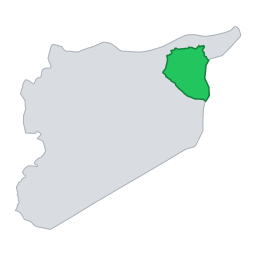 Al-Hasakeh, Hasaka (Al Haksa), Syria shown in context
{"feature_id": "27442178B13029247631939", "entity_name": "Al-Hasakeh", "entity_type": "district", "adm_level": 2, "iso_a3": "SYR", "parent_name": "Syria", "parent_adm1": "Hasaka (Al Haksa)", "projection": "albers", "projection_center": [40.726, 36.168], "detail": "fine", "context": "in_parent", "style": "filled", "palette": "green", "viewbox_px": 256, "rotation_deg": 0, "n_neighbors": 0, "source": "geoboundaries", "source_scale": "gbopen_adm2", "svg_char_len": 4461}
<svg xmlns="http://www.w3.org/2000/svg" viewBox="0 0 256 256"><path d="M25.5,79.8L28.0,80.2L33.2,83.7L34.1,83.7L35.9,79.5L37.5,78.1L40.9,77.0L42.1,70.1L43.7,68.9L45.6,68.2L48.4,68.2L50.9,67.9L51.1,66.7L48.0,58.6L48.4,56.6L50.4,48.6L51.6,45.5L52.6,44.5L56.5,45.1L61.9,46.7L63.3,49.1L65.8,51.2L69.9,51.2L74.5,51.8L78.1,52.0L81.0,50.7L87.6,48.2L90.8,47.4L93.8,46.3L103.3,42.1L107.1,42.6L109.7,43.2L111.6,44.0L116.0,47.1L119.6,50.2L122.1,51.2L126.7,51.2L133.4,51.9L141.6,52.0L146.4,51.2L152.6,49.8L163.5,46.3L177.8,38.8L186.2,35.1L189.9,34.7L194.6,34.7L199.3,35.6L204.6,36.3L207.1,36.2L212.9,35.4L220.4,33.8L225.1,32.5L230.7,30.4L234.2,26.9L235.4,26.6L236.9,27.1L237.5,27.4L239.0,29.3L240.6,34.2L240.6,34.8L240.4,36.2L236.7,40.4L231.7,46.0L228.2,49.6L222.1,55.6L217.5,56.9L209.8,59.1L207.7,61.2L205.8,64.6L204.7,69.1L204.4,72.0L204.2,77.3L206.1,82.9L207.9,88.2L208.1,91.7L208.0,95.2L206.3,98.9L204.5,104.0L203.4,109.7L202.9,120.5L202.9,129.6L202.8,131.1L199.6,137.6L195.8,145.2L194.0,146.9L185.7,149.2L176.5,154.7L166.3,160.9L156.9,166.4L147.1,172.2L136.8,178.2L129.5,182.4L119.6,188.1L110.6,193.5L101.4,198.9L94.4,203.0L83.8,209.5L77.5,213.3L68.3,218.9L60.1,223.7L50.5,229.4L38.7,227.1L35.0,225.9L32.1,222.9L29.9,221.2L24.4,219.4L21.1,213.7L19.0,211.7L15.4,210.6L17.1,207.2L17.5,204.9L19.3,202.2L18.4,200.3L18.1,196.4L17.4,195.4L17.2,194.3L17.8,193.1L17.7,191.8L17.1,191.2L16.9,189.2L16.4,187.8L16.8,186.0L17.7,184.9L18.6,182.7L19.6,182.1L21.3,180.8L21.8,179.4L23.2,178.1L25.2,177.0L25.6,176.1L25.4,175.5L23.6,174.4L22.6,172.5L23.7,169.9L24.3,169.1L25.5,167.9L28.1,166.0L30.1,165.8L31.8,165.9L34.7,166.2L36.9,166.6L37.5,166.2L37.4,165.5L34.7,163.8L34.6,162.5L35.4,161.1L37.4,159.1L39.8,157.6L41.0,157.3L43.8,154.3L45.7,150.8L43.3,141.9L41.7,140.5L39.1,139.2L37.5,138.9L37.4,138.3L39.6,136.2L41.2,134.4L39.6,132.5L36.7,131.5L35.5,133.3L31.7,133.3L25.7,133.0L23.6,123.7L23.4,119.7L23.7,115.1L25.8,108.5L25.1,105.3L25.2,103.2L24.9,100.3L20.5,93.8L23.6,82.5L25.5,79.8Z" fill="#d9dde1" stroke="#a8b0b8" stroke-width="1"/><path d="M208.7,60.5L208.4,60.1L207.1,58.8L206.7,58.3L206.5,57.7L206.4,57.0L206.2,56.8L205.9,56.6L205.5,56.6L204.9,56.5L204.7,56.3L204.4,55.4L204.3,54.0L204.2,53.0L204.2,52.7L203.9,52.4L203.8,52.2L203.3,51.9L203.2,51.8L203.1,51.6L202.7,50.9L202.7,49.6L202.9,49.0L203.2,48.8L203.7,48.4L203.9,47.8L204.1,47.4L204.3,46.9L204.0,46.7L204.0,46.2L203.8,45.9L203.7,45.7L203.3,45.7L203.1,45.8L202.9,45.9L202.8,46.1L202.6,46.2L202.3,46.3L201.8,46.1L201.6,46.0L201.3,46.0L201.1,46.0L200.8,46.2L200.6,46.5L200.4,46.7L199.7,46.7L199.1,46.1L198.9,45.7L198.5,46.2L197.0,47.9L195.9,48.8L193.5,48.3L193.1,48.1L192.1,47.5L191.1,47.5L190.3,47.6L189.4,47.2L188.8,47.2L188.8,47.7L188.4,48.0L188.1,48.3L187.6,48.4L185.7,48.4L183.6,48.8L181.0,48.9L179.2,49.3L178.1,49.3L177.6,49.0L176.9,48.6L176.2,48.2L175.5,48.2L175.4,48.2L174.9,48.4L174.8,48.5L174.9,48.8L175.0,49.3L174.9,49.6L174.4,49.9L173.7,50.0L173.4,50.1L172.7,50.4L172.1,50.3L171.2,50.5L171.0,51.0L171.2,51.5L171.8,52.4L171.8,52.8L171.4,53.8L171.1,54.2L170.5,54.2L170.0,54.3L169.9,54.4L169.4,55.0L169.0,55.3L168.9,55.4L168.4,55.2L167.8,55.2L166.9,55.7L166.8,56.2L167.2,57.0L167.4,57.9L167.5,59.4L167.5,59.8L167.4,60.3L167.2,61.9L167.0,62.5L166.8,63.4L166.7,63.8L165.7,68.3L165.2,69.0L163.3,71.5L163.2,71.7L163.0,72.0L163.1,72.4L163.0,72.8L163.5,73.2L163.9,73.5L164.6,74.1L165.0,74.4L165.3,74.7L165.7,75.4L165.8,75.9L166.0,76.8L166.3,77.0L166.8,77.3L167.4,77.7L167.8,77.9L168.2,78.2L168.9,78.8L169.4,79.2L169.8,79.2L170.5,79.3L170.5,79.5L170.7,80.2L171.0,80.6L171.3,81.0L171.6,81.2L172.2,81.6L172.5,81.7L173.2,82.1L173.4,82.3L174.2,82.6L174.8,82.9L175.2,83.5L175.4,84.0L175.5,84.3L175.7,84.7L175.8,85.2L176.2,85.6L176.5,86.1L176.9,86.4L177.6,87.1L177.9,87.4L178.5,88.2L178.9,88.6L179.4,89.1L179.6,89.2L179.8,89.3L180.2,89.6L180.6,89.8L180.9,90.1L181.1,90.4L181.5,90.8L182.0,91.2L183.3,92.3L183.8,93.0L184.0,93.2L184.3,93.5L184.7,93.9L185.8,94.7L186.3,95.0L186.8,95.3L187.1,95.5L187.2,95.8L187.5,96.0L187.8,96.2L188.3,96.4L189.3,96.7L189.7,96.8L191.4,97.4L192.9,98.1L193.7,98.4L195.1,99.0L196.5,99.0L197.0,98.9L198.6,99.0L199.8,99.1L201.1,99.2L203.1,99.4L205.4,101.0L205.8,101.2L207.6,98.4L209.3,95.6L209.2,93.7L208.9,88.5L208.9,88.1L208.8,87.1L208.4,86.2L207.2,83.6L205.0,78.9L204.8,78.5L204.7,78.1L204.8,77.2L204.9,76.9L204.9,76.6L205.2,73.8L205.6,70.6L205.7,69.5L205.7,68.7L205.8,67.4L205.8,66.3L205.8,66.0L205.8,65.7L206.4,64.6L206.9,63.7L208.7,60.5Z" fill="#22c55e" stroke="#15803d" stroke-width="1.5"/></svg>